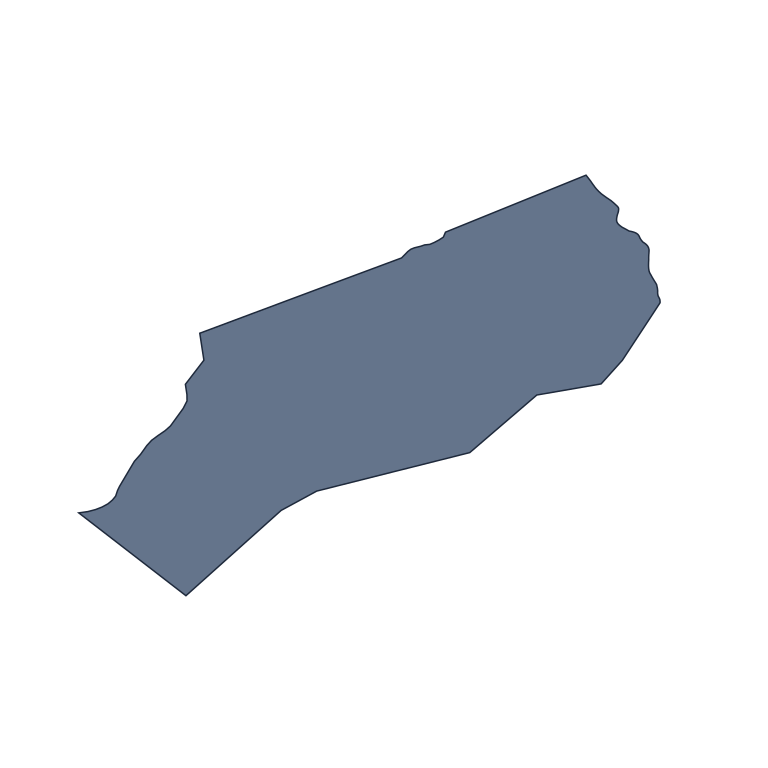 the district of Alubaren, Francisco Morazán, Honduras, rotated 126°
{"feature_id": "27666195B63650973406682", "entity_name": "Alubaren", "entity_type": "district", "adm_level": 2, "iso_a3": "HND", "parent_name": "Honduras", "parent_adm1": "Francisco Morazán", "projection": "mercator", "projection_center": [-87.513, 13.786], "detail": "fine", "context": "isolated", "style": "filled", "palette": "slate", "viewbox_px": 768, "rotation_deg": 126, "n_neighbors": 0, "source": "geoboundaries", "source_scale": "gbopen_adm2", "svg_char_len": 5058}
<svg xmlns="http://www.w3.org/2000/svg" viewBox="0 0 768 768"><g transform="rotate(126 384 384)"><path d="M667.7,555.2L671.7,419.8L546.7,392.9L524.7,382.4L510.2,375.5L448.9,324.3L437.2,314.5L395.9,280.0L389.1,274.3L304.4,254.2L303.1,253.9L256.3,208.4L224.7,205.1L167.9,207.8L156.1,208.4L155.9,208.5L155.6,208.7L155.4,208.8L155.2,209.0L154.8,209.3L154.6,209.5L154.3,209.7L154.1,209.9L154.0,210.1L153.8,210.2L153.7,210.3L153.5,210.5L153.4,210.7L153.2,211.0L153.0,211.3L152.9,211.5L152.7,211.9L152.6,212.1L152.4,212.4L152.3,212.6L152.2,212.8L152.1,213.1L152.0,213.3L151.9,213.5L151.7,213.8L151.6,214.0L151.4,214.3L151.2,214.5L151.0,214.8L150.8,214.9L150.7,215.1L150.4,215.3L150.3,215.5L150.1,215.6L149.8,215.9L149.7,216.0L149.3,216.3L149.2,216.4L149.0,216.5L148.8,216.6L148.5,216.8L148.3,217.0L148.1,217.2L147.8,217.3L147.6,217.5L147.4,217.7L147.1,217.9L146.9,218.1L146.7,218.3L146.5,218.5L146.3,218.7L145.9,219.0L145.2,219.8L144.5,220.6L143.6,221.6L143.4,221.8L143.3,222.0L143.2,222.2L142.8,223.1L142.4,224.0L141.7,225.8L140.9,227.7L140.1,229.6L139.2,231.5L138.8,232.3L138.4,233.2L138.4,233.4L138.3,233.6L138.2,233.8L138.0,234.1L137.9,234.3L137.8,234.5L137.7,234.6L137.6,234.8L137.5,235.0L137.4,235.1L137.3,235.3L137.0,235.6L136.9,235.8L136.7,236.0L136.4,236.4L136.2,236.6L136.0,236.8L135.8,236.9L135.7,237.1L135.5,237.3L135.3,237.5L135.1,237.7L134.9,237.8L134.0,238.6L132.7,239.6L132.2,240.0L131.7,240.3L131.0,240.8L130.0,241.5L128.9,242.2L128.3,242.6L127.7,243.0L127.2,243.4L126.6,243.8L125.7,244.5L124.7,245.1L124.4,245.4L124.0,245.6L123.6,245.9L123.2,246.1L122.4,246.6L121.0,247.5L120.8,247.6L120.7,247.7L120.5,247.8L120.4,247.9L120.3,248.0L120.1,248.1L119.9,248.3L119.6,248.5L119.3,248.8L119.2,248.9L119.1,249.1L118.9,249.3L118.7,249.6L118.5,249.8L118.4,249.9L118.3,250.1L118.2,250.2L118.1,250.4L118.0,250.7L117.9,250.9L117.7,251.1L117.7,251.3L117.6,251.5L117.4,251.9L117.3,252.1L117.3,252.4L117.2,252.6L117.2,252.9L117.1,253.1L117.1,253.4L117.0,253.6L117.0,253.9L117.0,254.2L116.9,254.4L116.9,254.7L116.9,254.9L116.9,255.2L116.9,255.5L116.9,255.8L116.9,256.0L116.9,256.3L116.9,256.5L116.9,256.9L117.0,257.0L117.0,257.3L117.0,257.5L117.0,257.8L116.9,258.0L116.9,258.3L116.9,258.5L116.8,258.8L116.8,259.0L116.7,259.1L116.7,259.3L116.6,259.5L116.5,259.9L116.4,260.3L116.3,260.7L116.1,261.1L116.0,261.5L115.7,262.1L115.7,262.3L115.5,262.6L115.4,262.7L115.4,262.9L115.3,263.0L115.2,263.2L115.1,263.3L115.0,263.5L114.9,263.7L114.8,263.8L114.7,264.0L114.5,264.3L114.5,264.5L114.4,264.6L114.3,264.8L114.2,265.0L114.1,265.3L114.0,265.6L113.9,265.9L113.9,266.0L113.8,266.3L113.8,266.6L113.7,266.8L113.7,267.0L113.7,267.4L113.7,267.6L113.7,267.8L113.7,268.1L113.7,268.4L113.7,268.5L113.8,268.7L113.8,268.8L113.8,269.0L113.9,269.3L113.9,269.5L114.0,270.0L114.1,270.5L114.3,270.9L114.4,271.4L114.7,272.2L114.8,272.5L114.9,272.8L115.0,273.0L115.1,273.3L115.2,273.5L115.3,273.8L115.4,274.0L115.5,274.2L115.8,274.7L115.8,274.8L115.9,275.0L116.0,275.2L116.0,275.3L116.1,275.5L116.2,275.9L116.3,276.7L116.4,277.4L116.5,278.6L116.7,279.8L116.8,280.9L117.0,282.0L117.1,282.7L117.2,283.5L117.2,283.8L117.2,284.0L117.2,284.3L117.2,284.5L117.2,285.2L117.2,285.9L117.1,286.9L117.1,287.0L117.1,287.3L117.1,287.5L117.0,287.8L117.0,288.0L116.9,288.3L116.9,288.5L116.8,289.0L116.7,289.2L116.6,289.5L116.5,289.8L116.4,290.0L116.2,290.3L116.2,290.5L116.0,290.8L115.9,290.9L115.8,291.1L115.6,291.3L115.4,291.6L115.2,291.7L115.1,291.9L114.9,292.0L114.7,292.2L114.6,292.3L114.4,292.4L114.2,292.5L113.9,292.7L113.8,292.8L113.6,292.9L113.4,293.0L113.2,293.2L112.7,293.4L112.3,293.6L111.9,293.8L111.5,294.0L111.0,294.2L110.6,294.4L110.3,294.5L110.0,294.6L109.8,294.7L109.5,294.8L109.2,294.9L108.8,295.0L108.5,295.1L108.2,295.2L107.9,295.3L107.6,295.4L107.3,295.5L107.0,295.7L106.8,295.7L106.6,295.8L106.4,295.9L106.3,296.0L106.1,296.1L105.9,296.2L105.7,296.3L105.3,296.5L105.2,296.6L104.8,296.8L104.6,297.0L104.4,297.1L104.2,297.3L104.0,297.5L103.9,297.6L103.7,297.9L103.6,298.0L103.5,298.3L103.4,298.5L103.3,298.9L103.2,299.1L103.1,299.5L103.1,299.9L103.0,300.2L102.9,300.6L102.9,301.0L102.8,301.8L102.5,304.3L102.3,306.8L102.3,307.2L102.3,307.5L102.2,307.9L102.2,308.2L102.2,308.6L102.3,310.1L102.3,311.8L102.4,313.1L102.4,314.9L102.4,316.1L102.4,317.3L102.4,318.0L102.4,318.7L102.4,319.2L102.4,319.6L102.4,320.0L102.3,320.7L102.2,321.6L102.1,322.4L102.0,323.5L101.8,324.4L101.5,326.1L101.4,326.6L101.3,327.1L101.0,328.1L100.7,329.3L100.3,330.4L100.0,331.3L99.8,332.1L99.7,332.4L99.6,332.6L99.3,333.5L99.0,334.4L98.4,336.0L97.7,338.4L97.0,340.8L96.3,343.3L225.0,423.5L230.3,422.3L235.0,424.1L239.9,426.5L244.1,429.0L247.6,432.9L250.9,435.2L256.0,439.5L259.2,441.5L262.9,442.6L265.8,443.0L271.7,443.9L320.8,476.5L341.3,490.1L451.2,562.9L470.6,543.7L501.0,544.5L508.4,537.2L513.5,533.4L521.8,532.1L533.0,532.1L543.5,532.1L545.3,532.5L550.6,533.7L558.2,536.4L566.1,538.9L573.3,539.7L583.9,539.6L593.3,540.5L622.2,537.8L626.7,537.0L632.4,535.2L637.5,535.5L643.2,536.9L649.3,539.8L655.2,543.6L661.3,548.6L667.5,555.0L667.7,555.2Z" fill="#64748b" stroke="#1e293b" stroke-width="1.5"/></g></svg>